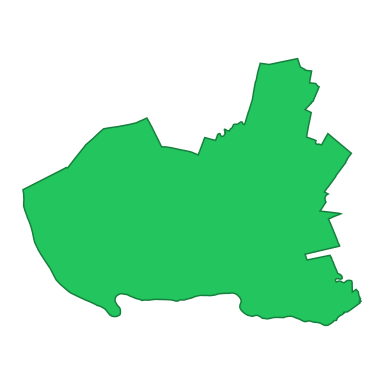 Pecica, Arad, Romania (Robinson projection)
{"feature_id": "2599482B59878400155877", "entity_name": "Pecica", "entity_type": "district", "adm_level": 2, "iso_a3": "ROU", "parent_name": "Romania", "parent_adm1": "Arad", "projection": "robinson", "projection_center": [21.086, 46.219], "detail": "fine", "context": "isolated", "style": "filled", "palette": "green", "viewbox_px": 384, "rotation_deg": 0, "n_neighbors": 0, "source": "geoboundaries", "source_scale": "gbopen_adm2", "svg_char_len": 6009}
<svg xmlns="http://www.w3.org/2000/svg" viewBox="0 0 384 384"><path d="M229.1,293.3L232.0,292.9L234.1,293.3L236.6,294.3L239.1,296.6L240.5,298.6L241.3,301.3L239.9,305.4L239.9,307.7L240.7,309.4L242.7,311.8L245.5,314.0L247.7,315.2L252.4,316.3L253.7,316.0L255.1,315.5L256.7,315.2L258.0,315.7L260.0,316.5L262.4,318.3L264.6,318.4L266.2,318.8L268.2,318.8L269.0,318.6L273.8,317.5L277.4,317.4L279.9,317.5L283.8,317.6L285.0,316.9L289.3,316.2L292.7,316.5L294.1,317.1L297.1,318.4L298.0,318.6L299.1,319.0L300.0,319.4L302.1,320.6L304.6,321.6L306.5,321.5L308.9,320.8L312.0,321.6L314.0,322.2L316.6,322.4L319.2,322.8L320.6,323.3L321.8,324.0L324.4,325.3L326.3,325.4L327.8,325.3L330.6,323.7L333.0,322.0L333.9,320.7L336.4,320.4L337.3,318.1L339.7,315.9L342.3,314.5L344.4,312.8L343.1,312.4L347.6,311.8L350.9,309.6L360.1,302.8L359.3,301.8L361.0,301.1L359.6,299.4L360.5,298.7L359.8,298.0L359.7,296.9L359.0,295.9L358.2,291.7L356.1,289.4L352.3,292.1L352.1,282.5L351.8,281.1L351.6,280.9L351.0,280.6L350.2,280.4L349.1,280.3L348.4,280.4L347.1,280.5L346.7,280.8L344.9,282.2L344.4,282.5L344.0,282.6L343.6,282.6L343.0,282.5L341.5,281.8L341.2,281.4L340.9,281.3L339.3,281.1L338.6,281.1L337.6,281.5L336.7,281.9L336.4,282.0L335.7,281.3L335.5,280.8L335.5,279.7L336.2,278.8L336.7,278.7L337.4,278.7L338.8,278.8L340.2,279.2L341.4,279.0L341.6,278.8L342.0,278.6L342.3,278.0L342.1,277.7L342.1,277.2L341.7,275.8L341.5,275.7L341.3,275.4L339.4,274.0L339.1,274.0L338.3,273.8L337.9,273.6L337.5,272.9L336.9,271.4L336.8,271.0L335.9,268.8L335.5,268.1L333.7,263.7L333.7,263.4L332.9,261.5L332.6,261.3L331.5,258.3L331.5,257.8L331.2,257.6L330.9,256.9L330.7,256.9L330.0,255.3L307.0,260.0L305.1,254.2L339.6,246.1L339.2,244.7L338.9,244.1L338.3,243.4L337.3,240.3L335.7,236.3L330.6,223.9L328.4,218.9L330.9,218.0L332.2,217.3L334.8,216.2L340.9,213.8L339.7,213.4L328.3,212.0L323.8,211.5L320.0,211.1L321.3,209.3L324.5,204.2L326.0,202.1L325.2,200.4L325.0,198.6L325.1,197.1L326.0,195.4L328.2,194.0L324.4,192.0L326.6,188.8L328.3,186.7L330.9,183.2L335.8,176.4L335.8,175.9L345.9,162.3L345.8,161.6L346.9,160.0L347.1,159.6L347.2,158.9L348.4,157.4L348.4,157.2L351.4,153.3L348.6,151.0L344.7,147.7L331.8,136.9L327.9,133.6L325.0,138.6L323.2,141.9L321.6,144.8L318.7,144.1L317.0,144.4L316.5,144.2L315.4,142.7L316.1,140.6L313.7,139.6L306.5,137.0L308.6,125.3L310.4,117.0L311.2,112.5L305.1,109.6L311.6,102.8L311.4,102.5L313.4,100.9L313.6,99.9L317.8,90.1L319.1,86.8L318.0,86.2L317.2,85.5L315.7,83.5L309.5,82.8L311.6,71.0L305.4,70.3L305.3,69.7L301.9,67.8L300.4,67.0L299.2,63.5L299.0,62.9L297.6,58.6L294.1,59.3L291.9,59.8L289.5,60.3L286.9,60.8L284.5,61.3L281.5,61.9L276.5,63.0L271.5,64.0L270.1,64.3L269.1,64.5L267.0,64.2L264.7,63.9L262.5,63.6L260.2,63.3L260.1,63.9L259.7,65.5L259.1,67.3L257.4,73.9L257.2,75.1L256.6,78.2L256.4,79.3L256.1,80.3L256.0,80.9L255.8,81.2L255.5,81.6L254.7,85.7L254.0,89.9L253.5,92.3L253.2,94.9L252.7,97.4L252.3,100.0L252.1,100.6L249.7,108.1L249.0,110.5L248.8,111.1L248.5,111.6L244.8,124.0L244.4,124.5L244.2,124.4L243.6,124.3L243.3,124.2L243.1,124.1L242.9,123.8L242.5,122.6L242.1,122.1L241.2,121.9L240.6,122.1L239.9,122.5L238.6,123.5L238.0,123.9L237.5,124.2L237.2,124.2L235.2,124.3L234.2,124.3L233.9,124.4L233.4,124.8L232.5,127.1L231.8,128.0L230.4,129.0L230.2,129.2L229.6,130.7L229.4,130.9L229.1,130.9L227.2,130.6L226.8,130.3L225.2,129.3L224.6,129.3L224.4,129.8L224.4,130.3L224.5,130.6L225.1,131.5L224.9,132.1L224.8,132.4L224.9,132.6L225.0,132.8L225.4,133.0L224.0,135.6L223.9,135.8L223.0,136.2L222.3,136.5L221.8,136.4L221.2,136.0L220.8,135.9L220.6,135.6L220.3,134.8L220.1,133.9L220.0,133.7L219.7,133.5L219.1,133.6L217.7,134.5L216.8,137.2L216.0,139.3L215.6,140.4L209.6,138.9L205.7,137.8L204.7,137.6L203.8,140.0L203.0,142.3L202.3,144.1L201.3,146.8L200.5,148.9L199.8,150.9L199.0,152.8L198.3,154.9L196.0,154.0L194.6,153.4L190.6,151.8L184.6,150.5L182.5,150.2L178.5,149.3L176.1,148.8L172.5,148.0L168.5,147.3L166.7,147.0L165.2,146.9L163.7,146.9L162.5,146.8L161.6,146.9L160.6,144.9L160.2,144.1L159.8,143.1L159.0,141.6L158.4,140.1L157.5,138.6L156.6,136.7L154.3,132.2L151.9,127.1L150.5,124.7L149.4,122.4L148.1,120.2L146.9,118.0L141.9,120.3L139.7,121.2L136.0,122.9L135.5,123.0L129.7,124.4L127.6,124.8L118.0,126.6L114.0,127.2L113.7,127.2L110.1,127.7L106.0,128.4L103.6,128.8L99.0,132.8L97.0,134.7L93.0,138.5L89.1,141.9L85.9,144.7L84.0,147.2L80.1,152.0L74.4,159.2L71.8,162.6L69.7,165.2L67.6,168.0L66.0,167.5L65.7,167.8L63.2,169.2L57.5,172.1L50.8,175.5L23.0,189.7L23.3,191.7L23.6,193.6L23.8,196.3L23.9,200.0L23.8,201.5L23.7,202.1L23.7,205.7L23.8,206.6L24.4,208.6L24.9,210.4L26.3,214.1L27.4,217.4L29.2,221.7L30.2,224.3L31.4,228.2L32.7,233.2L33.7,238.4L34.8,242.6L38.4,250.1L39.3,251.6L40.9,254.4L41.9,255.9L47.7,264.8L50.3,268.6L51.4,270.8L53.3,274.5L56.1,279.8L60.5,284.5L68.5,291.4L71.0,293.1L78.0,296.5L85.3,299.9L90.4,302.0L96.7,305.0L97.2,305.6L98.1,305.6L99.5,306.0L100.6,306.5L101.3,306.8L102.6,307.6L103.5,308.0L105.3,309.3L106.2,310.4L106.7,310.9L107.4,312.0L108.0,312.7L108.6,313.4L109.4,314.0L109.4,314.6L110.2,315.2L111.0,315.3L111.1,315.6L111.5,316.0L112.1,316.2L113.0,316.4L114.0,316.6L114.9,316.6L115.8,316.5L117.3,316.3L118.1,315.6L118.6,315.5L119.4,315.2L119.8,314.7L120.3,314.0L120.3,313.2L120.4,312.5L120.5,311.9L120.3,309.8L120.1,308.9L119.8,308.1L119.0,307.0L117.4,305.4L116.1,303.2L115.3,301.5L115.0,300.1L115.1,298.9L115.3,298.0L116.1,296.4L117.2,295.5L118.7,294.4L120.1,293.8L121.1,293.8L122.3,293.8L123.9,294.2L126.7,294.4L127.0,294.8L127.8,294.8L129.6,295.9L132.5,297.0L134.7,298.0L136.6,298.7L138.8,299.1L141.0,299.9L141.4,300.3L142.8,300.3L143.5,300.2L145.0,300.0L149.2,300.1L153.6,299.5L156.8,299.3L159.3,299.5L162.0,299.5L168.7,299.7L171.4,299.9L174.7,300.7L175.3,301.0L176.8,301.1L177.9,301.0L178.9,300.5L180.0,299.8L181.3,300.0L183.7,300.0L185.5,299.7L186.1,299.1L186.8,299.2L191.8,297.9L194.6,296.7L197.5,295.9L200.4,295.4L201.9,295.4L204.6,295.5L205.1,295.4L205.7,295.5L206.9,295.4L208.8,295.6L210.4,295.6L213.2,295.3L214.8,295.0L216.3,294.6L217.8,294.1L219.0,293.8L223.6,293.4L229.1,293.3Z" fill="#22c55e" stroke="#15803d" stroke-width="1.5"/></svg>